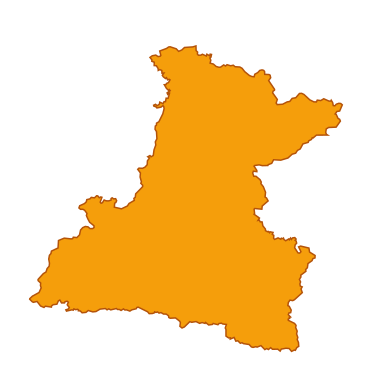 Ambatofinandrahana, Amoron'i Mania, Madagascar (Mercator projection), rotated 282°
{"feature_id": "10022922B11162683268422", "entity_name": "Ambatofinandrahana", "entity_type": "district", "adm_level": 2, "iso_a3": "MDG", "parent_name": "Madagascar", "parent_adm1": "Amoron'i Mania", "projection": "mercator", "projection_center": [46.283, -20.456], "detail": "fine", "context": "isolated", "style": "filled", "palette": "amber", "viewbox_px": 384, "rotation_deg": 282, "n_neighbors": 0, "source": "geoboundaries", "source_scale": "gbopen_adm2", "svg_char_len": 5935}
<svg xmlns="http://www.w3.org/2000/svg" viewBox="0 0 384 384"><g transform="rotate(282 192 192)"><path d="M158.3,89.2L155.2,85.0L152.9,84.7L151.9,86.5L152.4,88.9L151.8,90.8L149.2,93.7L147.0,93.6L143.8,95.9L141.1,98.2L138.6,103.1L136.9,103.6L135.6,102.5L135.0,99.9L136.3,97.5L136.1,94.8L134.4,92.5L131.6,90.9L126.7,90.9L123.5,88.9L123.1,85.3L121.6,85.0L121.0,83.6L120.3,76.6L116.8,71.5L109.4,72.6L105.0,66.8L102.5,66.8L100.4,65.7L96.6,65.8L92.7,67.4L89.7,67.7L87.0,66.2L83.4,65.8L81.2,63.5L74.5,59.6L73.3,59.9L71.5,62.9L69.0,63.2L66.8,64.4L61.9,63.3L57.0,57.6L54.0,55.5L53.4,55.5L51.5,58.4L51.1,59.7L52.7,63.2L49.0,67.6L48.3,71.2L49.8,72.3L50.2,78.4L51.4,78.3L52.9,79.6L54.2,83.2L57.7,83.9L58.8,85.2L56.4,87.4L57.0,90.4L58.3,90.6L59.2,92.5L58.5,94.0L55.7,93.4L53.5,96.0L51.9,95.4L50.5,93.1L49.4,94.0L51.8,99.1L51.7,100.4L53.1,100.8L52.7,102.6L53.5,104.5L53.2,105.4L52.2,105.5L52.4,107.5L51.0,109.6L52.2,113.3L54.5,115.1L54.1,119.9L55.1,122.9L58.3,126.4L60.0,131.5L59.1,133.4L60.4,134.9L59.8,137.0L62.3,142.3L61.6,143.5L62.0,145.4L61.4,147.2L63.4,149.3L62.6,150.9L63.1,152.4L62.6,156.0L64.2,157.6L66.2,161.7L67.6,162.1L68.2,163.3L65.6,173.5L64.1,175.4L64.9,178.5L65.9,180.2L67.0,180.4L66.7,181.7L67.5,183.3L66.7,184.9L67.6,186.8L66.7,189.5L67.2,192.2L66.1,194.7L64.4,195.4L64.0,196.9L65.4,202.1L63.0,206.9L61.8,207.8L58.1,208.1L56.9,210.5L58.4,212.6L64.7,216.8L64.5,218.8L66.1,222.9L65.1,226.7L66.4,229.0L66.2,232.1L67.2,232.4L65.4,236.0L66.7,239.5L67.8,240.0L67.6,245.0L68.9,245.6L69.8,248.0L69.3,249.5L69.6,253.2L65.9,252.8L64.6,253.8L58.1,255.2L56.9,258.1L57.3,259.8L56.1,260.0L58.5,263.4L55.2,265.9L56.0,267.7L54.1,270.7L55.0,272.3L54.4,273.8L54.7,279.6L52.8,282.3L52.7,284.0L54.0,286.7L53.8,287.9L56.1,291.4L53.0,296.0L54.4,297.7L53.8,299.5L56.1,301.3L54.9,303.4L56.1,308.6L54.7,311.3L56.9,312.0L58.7,316.4L59.1,319.6L56.8,322.5L58.7,325.0L58.6,326.0L61.7,326.9L63.2,328.5L67.0,327.4L69.5,325.6L71.8,325.7L74.9,323.8L77.8,323.8L80.9,321.6L83.2,321.5L84.8,319.6L86.5,312.9L87.6,312.5L88.8,313.8L89.6,313.2L90.2,314.4L92.0,311.7L92.9,311.8L93.9,312.0L94.5,313.6L97.1,313.6L100.4,310.9L100.8,309.4L104.0,309.2L106.6,310.3L106.7,313.1L107.9,314.6L116.5,320.8L119.8,318.8L122.1,319.5L122.5,317.5L124.5,316.6L126.6,316.9L128.9,315.2L131.5,316.2L133.3,315.7L138.1,319.9L139.8,319.3L141.9,320.6L146.1,320.3L149.8,323.7L152.0,324.1L153.1,326.0L155.5,325.6L157.7,319.5L161.5,318.0L161.7,309.5L160.5,307.7L156.2,311.0L154.6,310.0L154.5,308.3L158.8,304.0L161.8,303.9L163.7,305.0L165.8,304.0L166.2,302.9L167.6,303.6L168.8,302.0L168.0,299.9L166.3,299.1L167.5,298.0L165.5,297.1L166.2,296.4L163.8,293.8L164.6,291.9L165.9,291.1L165.3,290.7L165.4,289.0L164.3,288.7L165.0,285.7L162.8,282.7L163.6,281.5L166.6,281.0L167.3,279.3L169.3,279.7L169.3,276.6L168.3,276.3L169.3,274.7L168.8,274.1L169.5,271.9L171.0,271.5L173.7,268.3L177.3,266.8L177.0,264.9L178.5,263.6L178.0,262.5L180.5,263.4L183.2,257.3L184.0,257.7L188.1,256.3L188.9,256.8L189.7,263.9L192.9,263.6L199.1,268.3L201.6,266.2L202.3,264.5L207.0,264.0L212.0,260.7L214.6,257.6L216.1,257.7L218.2,256.0L220.7,251.3L220.2,249.2L223.2,247.4L225.1,247.7L225.4,251.2L226.6,250.9L230.2,247.3L231.0,247.9L232.5,252.0L232.4,255.3L233.7,260.7L234.6,260.9L236.6,264.0L240.5,265.1L241.6,272.2L245.2,278.8L249.8,282.1L251.5,285.3L254.6,286.5L256.6,288.9L262.1,290.5L264.7,295.3L266.4,295.6L268.2,297.9L270.1,298.4L270.0,299.2L273.5,301.9L275.9,312.8L276.4,311.5L278.1,310.4L281.6,310.2L283.5,312.2L285.4,319.5L292.2,322.4L293.8,321.3L294.4,319.5L297.8,317.0L298.1,315.8L300.9,317.0L301.9,319.6L308.5,320.9L309.5,319.1L309.3,317.2L307.9,314.9L306.0,313.8L305.9,312.2L308.7,311.0L310.7,309.1L309.8,308.9L309.4,307.1L310.6,301.5L308.2,298.9L307.9,295.4L306.0,295.0L305.5,292.5L306.6,288.1L310.7,281.2L311.3,278.7L310.7,276.6L305.8,273.9L304.4,270.5L300.9,268.8L299.9,266.3L296.7,262.4L295.2,257.2L296.5,255.8L300.3,256.2L305.7,250.3L307.4,250.3L308.7,251.5L309.6,251.4L316.9,243.8L320.1,245.2L322.5,244.1L322.9,242.9L322.2,238.7L325.0,237.9L325.9,236.8L326.0,235.1L325.0,233.0L322.5,231.5L320.2,228.9L317.6,228.8L317.4,226.5L317.9,223.9L320.7,218.5L323.4,215.3L324.2,212.8L323.5,208.1L324.6,206.0L323.5,203.6L323.8,199.8L322.2,198.6L322.9,196.6L320.1,194.0L319.6,192.5L319.8,189.5L321.6,186.3L321.8,182.9L324.8,183.0L326.8,181.6L327.8,182.5L330.6,182.5L330.6,181.1L328.9,180.9L329.9,177.9L328.0,177.7L328.9,173.5L327.7,172.2L327.1,169.9L328.0,168.6L330.0,168.4L331.2,166.6L335.7,165.5L334.1,162.6L331.8,154.6L328.8,152.5L326.8,149.7L328.8,146.8L329.5,140.4L329.0,139.0L327.1,137.2L323.2,131.1L319.2,133.1L318.3,132.8L317.4,130.7L318.4,128.1L317.0,124.8L314.9,122.9L312.9,125.3L311.5,125.5L311.1,128.1L307.8,128.7L308.1,130.9L305.7,133.2L303.9,133.7L305.0,135.1L304.6,137.2L302.0,137.9L302.5,139.8L300.0,138.7L298.7,140.0L297.5,142.5L298.5,143.3L296.6,144.8L297.5,146.2L297.1,147.2L294.1,146.2L292.9,144.5L291.7,144.3L291.2,142.6L288.0,145.5L286.6,147.8L287.5,148.5L286.6,149.6L283.8,147.0L282.5,147.9L284.1,148.8L284.1,149.5L278.6,149.1L278.4,147.2L274.9,147.3L274.6,145.9L272.4,145.3L273.2,141.8L271.0,141.8L269.2,139.9L270.2,138.1L268.9,136.4L268.0,136.9L267.9,138.8L266.9,140.2L268.6,144.1L270.4,145.6L269.9,146.5L267.7,147.4L262.4,147.2L253.8,145.0L252.0,143.0L249.8,143.3L248.9,142.4L245.7,142.8L243.7,144.7L236.8,146.6L233.4,145.7L230.4,146.8L225.4,146.1L219.6,146.5L218.0,144.7L218.9,143.3L217.3,141.4L216.4,143.3L213.2,141.9L209.4,142.5L206.5,140.8L204.9,138.7L204.3,135.1L202.9,134.2L199.9,137.6L195.9,138.1L191.4,140.4L189.9,140.1L188.4,142.3L186.9,142.6L178.5,137.3L175.0,137.6L173.7,136.5L171.8,137.3L167.7,132.8L164.9,131.7L160.9,126.5L161.0,119.2L165.0,118.7L165.9,119.7L167.8,120.1L169.6,118.7L169.0,116.8L169.7,115.1L168.8,114.2L167.3,114.5L166.0,112.4L165.5,109.8L165.9,107.7L162.9,106.6L162.1,105.4L163.0,104.3L168.1,105.0L168.2,103.8L167.1,102.5L168.6,100.6L168.5,99.5L166.0,97.8L165.8,94.6L164.0,93.5L162.7,90.7L160.3,90.6L158.3,89.2Z" fill="#f59e0b" stroke="#b45309" stroke-width="1.5"/></g></svg>